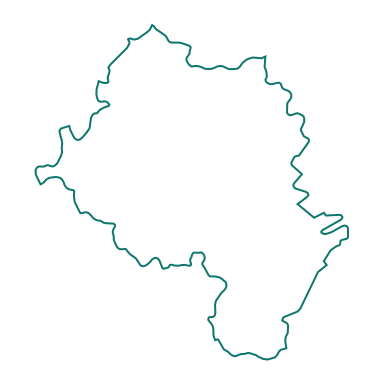 SVG path tracing the border of Teruel, rotated 91°
{"feature_id": "ESP-5847", "entity_name": "Teruel", "entity_type": "Autonomous Community", "adm_level": 1, "iso_a3": "ESP", "parent_name": "Spain", "parent_adm1": "", "projection": "mercator", "projection_center": [-0.788, 40.603], "detail": "fine", "context": "isolated", "style": "outline", "palette": "teal", "viewbox_px": 384, "rotation_deg": 91, "n_neighbors": 0, "source": "natural_earth", "source_scale": "10m", "svg_char_len": 5051}
<svg xmlns="http://www.w3.org/2000/svg" viewBox="0 0 384 384"><g transform="rotate(91 192 192)"><path d="M130.8,324.0L128.1,315.9L131.8,314.9L139.3,311.1L140.5,310.1L141.4,308.9L141.9,307.5L141.7,306.0L141.2,304.6L139.1,302.3L133.9,298.0L129.9,295.5L119.8,294.3L116.7,292.8L115.5,291.6L115.0,290.3L115.0,289.2L114.8,288.2L114.1,287.6L112.9,286.9L111.8,285.8L110.8,284.5L110.0,283.2L108.7,280.3L107.7,277.5L107.2,276.5L106.2,276.1L104.0,277.8L103.1,279.4L102.8,281.2L103.4,284.3L103.2,285.8L102.4,287.3L99.4,288.6L96.1,289.3L91.2,289.2L82.8,287.2L83.6,285.3L84.4,282.7L84.5,281.2L84.5,279.7L84.2,278.4L83.4,277.5L79.4,278.3L77.6,278.0L75.4,277.1L73.1,276.6L71.5,276.6L69.3,277.8L68.0,277.2L65.9,275.7L49.2,259.6L45.2,257.4L42.9,257.1L41.5,257.9L40.8,258.6L39.9,258.2L39.6,255.6L40.4,253.9L40.5,251.6L39.6,248.7L33.1,239.8L30.3,236.9L25.8,234.8L27.7,232.2L28.7,231.9L29.8,230.9L35.0,222.9L36.3,221.2L37.8,220.1L40.7,218.5L42.0,217.5L42.9,215.8L42.9,208.4L43.1,205.6L45.6,197.9L46.4,196.6L47.5,195.8L51.5,196.8L52.9,196.8L55.6,198.0L56.8,199.0L58.1,199.7L59.4,199.9L60.9,199.7L63.5,198.1L64.8,197.1L65.8,195.8L66.5,194.6L65.9,190.6L66.0,188.2L66.9,184.9L68.2,182.1L68.7,180.4L68.7,176.0L68.3,173.9L67.2,171.1L66.2,169.3L65.6,167.4L65.6,165.3L65.8,163.5L66.5,161.7L68.0,158.6L68.5,156.6L68.3,151.6L68.0,149.7L67.5,148.1L66.1,146.5L62.0,143.7L59.8,141.1L58.6,139.5L57.4,136.7L56.5,133.6L56.9,126.8L57.1,125.0L55.3,121.0L65.7,121.6L70.4,119.7L75.5,119.2L78.5,120.5L80.2,120.1L81.7,118.4L82.7,116.1L82.8,113.7L81.5,109.2L81.2,106.9L82.1,105.2L85.8,103.8L86.9,103.0L87.8,101.5L89.0,97.9L89.9,96.4L91.5,95.1L93.3,94.4L95.2,94.4L97.0,95.0L101.7,98.3L111.0,98.4L112.9,97.0L113.6,94.8L113.0,92.7L112.1,90.7L111.5,88.6L111.6,87.1L113.5,82.9L114.7,81.7L116.4,81.1L119.9,81.0L127.2,84.2L128.7,84.1L134.4,81.1L136.4,77.1L137.0,76.4L137.9,75.9L140.1,76.3L153.8,85.7L154.1,88.0L154.6,89.5L155.6,90.5L161.1,93.2L162.5,93.1L163.6,92.5L172.3,82.4L181.8,90.3L183.3,90.8L185.4,90.2L186.8,88.4L189.9,77.9L191.5,75.9L193.3,75.6L195.0,77.0L202.3,86.2L215.6,69.5L210.5,59.7L213.2,57.6L212.3,44.6L212.7,42.4L214.1,41.2L215.6,41.4L217.0,42.5L227.9,60.9L229.2,62.0L230.4,61.9L231.5,59.9L231.7,58.5L231.6,57.2L229.6,51.6L223.7,41.5L222.9,39.0L223.2,36.9L225.1,35.5L234.2,35.2L235.4,35.7L236.3,37.1L237.2,40.9L237.7,42.0L238.6,42.8L241.6,43.0L242.6,43.7L244.1,47.3L248.0,52.5L258.9,59.0L262.7,56.1L269.8,64.6L306.6,81.6L309.6,84.2L315.7,98.4L318.6,99.6L319.4,98.9L321.0,95.6L321.6,94.9L322.2,94.3L323.8,93.6L331.2,93.8L335.1,95.7L338.8,96.2L346.6,95.0L348.4,100.8L350.9,102.8L353.2,103.8L355.8,105.9L358.2,113.5L357.6,118.4L356.7,119.9L356.1,121.9L354.2,124.8L353.6,126.2L353.3,127.7L352.7,129.4L352.2,131.1L351.9,133.2L352.9,136.3L353.1,138.0L353.2,140.1L353.8,141.9L355.4,145.6L355.3,147.3L354.7,148.8L353.9,150.1L350.8,153.7L349.4,156.5L348.4,157.7L339.7,162.8L338.9,163.6L339.8,166.2L335.3,168.0L329.3,168.2L327.1,168.6L325.3,169.2L323.9,170.0L322.5,171.1L321.2,172.3L319.5,173.5L318.1,173.4L317.0,172.8L316.7,171.5L316.8,170.0L316.3,168.5L315.2,167.2L312.6,166.5L304.7,167.0L300.5,166.2L293.3,161.5L290.9,159.4L289.8,158.2L288.2,157.0L286.1,156.0L283.2,156.1L281.5,156.8L278.5,160.5L277.6,161.8L276.9,163.2L276.2,166.3L276.0,169.4L276.1,171.0L276.0,172.5L275.2,173.8L267.2,178.3L265.9,179.4L264.1,180.4L262.7,180.4L260.1,178.6L257.5,178.1L255.6,178.6L253.9,179.5L252.5,181.0L252.3,182.6L252.6,184.0L252.7,185.6L252.5,188.5L253.0,189.8L254.1,190.5L255.5,191.1L256.9,191.3L258.0,192.0L259.4,192.5L260.8,192.7L263.5,191.8L264.7,191.7L265.7,192.4L265.6,195.2L265.2,196.9L265.0,198.4L265.3,201.4L265.7,202.8L265.9,204.3L265.9,207.3L265.7,208.8L265.2,210.2L265.1,211.6L265.3,212.8L267.7,214.2L267.9,214.5L268.6,217.0L269.1,218.3L269.2,219.5L268.4,220.3L261.0,223.4L259.4,224.8L258.5,226.4L258.7,227.9L259.2,229.5L260.1,230.7L262.6,232.6L263.6,233.6L265.6,236.0L266.5,237.5L267.1,239.1L266.9,241.1L266.0,242.4L259.8,246.6L258.3,248.3L255.7,252.4L253.8,254.3L250.4,257.0L250.1,258.3L250.4,259.8L250.5,261.4L250.3,263.5L249.3,265.0L248.0,266.2L242.2,269.0L240.8,269.4L237.8,269.5L236.3,269.8L235.0,270.3L233.8,270.5L232.9,270.5L230.5,269.9L229.1,269.0L227.6,268.4L226.1,268.5L225.2,269.5L224.9,270.9L224.9,273.9L224.7,275.3L224.8,276.8L224.2,279.9L223.1,281.7L222.3,283.2L222.0,286.5L221.2,288.2L219.9,290.3L217.8,292.0L215.1,294.7L214.4,296.1L214.1,297.7L214.4,299.3L215.2,302.2L215.0,303.4L204.0,309.1L197.9,310.0L195.2,309.9L194.0,309.7L192.8,310.0L192.2,311.1L191.6,314.4L190.9,316.3L189.5,318.0L189.1,318.3L187.0,319.7L185.3,320.1L181.7,322.1L180.6,323.5L179.9,324.9L179.4,328.1L179.3,329.5L179.8,330.7L179.8,332.0L180.4,334.9L181.8,337.6L182.8,338.6L184.1,339.4L185.9,341.5L186.9,343.6L178.1,348.1L176.1,348.6L173.2,348.8L171.6,348.2L170.2,347.3L169.3,346.1L169.1,344.5L169.2,342.9L169.2,341.4L169.0,340.0L168.3,338.8L167.8,337.6L167.8,336.2L168.1,334.8L168.7,333.4L168.9,331.8L168.3,330.1L166.0,327.4L158.2,323.6L155.6,322.9L153.8,322.6L151.0,323.0L145.4,322.6L141.4,323.4L138.5,324.5L137.0,324.6L133.3,325.7L130.8,324.0Z" fill="none" stroke="#0f766e" stroke-width="2"/></g></svg>